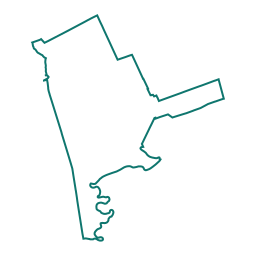 the district of Racovita, Braila, Romania
{"feature_id": "2599482B6891697866435", "entity_name": "Racovita", "entity_type": "district", "adm_level": 2, "iso_a3": "ROU", "parent_name": "Romania", "parent_adm1": "Braila", "projection": "natural_earth1", "projection_center": [27.452, 45.315], "detail": "fine", "context": "isolated", "style": "outline", "palette": "teal", "viewbox_px": 256, "rotation_deg": 0, "n_neighbors": 0, "source": "geoboundaries", "source_scale": "gbopen_adm2", "svg_char_len": 5410}
<svg xmlns="http://www.w3.org/2000/svg" viewBox="0 0 256 256"><path d="M104.5,203.7L105.0,203.7L105.5,203.7L106.6,203.3L107.2,202.6L107.6,202.0L108.0,201.7L108.3,201.4L109.1,200.8L109.5,199.5L109.3,198.5L109.0,197.7L108.3,197.1L107.2,196.9L106.3,197.3L105.2,197.2L104.1,196.9L103.1,196.7L102.1,196.9L101.2,197.1L99.5,197.5L98.6,197.6L98.0,197.4L97.7,197.0L97.8,196.4L98.2,195.9L98.9,195.6L99.4,195.1L99.7,194.5L99.9,193.6L100.1,192.8L100.2,191.7L100.1,190.8L99.8,190.0L99.5,189.1L98.8,188.1L98.2,187.3L97.5,186.9L97.0,186.8L96.4,186.7L95.6,186.9L95.0,187.3L94.4,187.5L93.4,187.7L92.5,187.6L91.9,187.4L91.2,187.0L90.6,186.3L90.3,185.7L90.2,185.2L90.3,184.5L90.6,183.8L90.9,183.5L92.4,183.8L93.4,184.0L94.1,184.0L94.9,183.9L95.5,183.7L96.9,182.3L99.0,180.1L99.8,179.0L101.2,178.0L102.4,177.0L104.3,176.0L106.5,175.0L108.1,174.4L112.3,172.9L116.6,171.5L120.4,169.6L122.2,168.5L124.2,167.3L125.5,166.8L126.4,166.5L127.5,166.3L128.7,166.2L129.7,166.2L130.6,166.4L131.3,166.7L132.1,167.1L132.7,167.4L133.5,167.5L134.3,167.4L135.4,167.2L136.4,167.0L137.5,166.7L138.4,166.4L139.3,166.4L140.6,166.4L141.9,166.6L142.9,167.1L143.6,168.0L143.9,168.8L144.2,169.3L144.4,169.6L144.8,169.9L145.6,170.2L146.5,170.1L147.4,169.8L149.2,169.1L150.6,168.3L152.8,166.7L155.6,164.5L157.7,162.6L158.1,162.2L158.7,161.7L159.1,161.3L159.5,160.9L159.8,160.5L160.0,160.2L160.2,159.9L160.5,159.4L159.6,159.0L159.6,158.2L159.5,157.6L159.2,157.4L158.8,157.4L158.1,157.6L157.4,158.0L156.4,158.2L155.1,158.1L154.6,158.0L154.1,157.9L153.2,157.7L152.5,157.6L151.8,157.4L151.1,157.2L150.5,157.0L150.0,156.8L149.5,156.6L149.0,156.2L148.5,156.0L148.1,155.5L147.5,155.1L147.0,154.5L146.6,153.9L146.1,153.3L145.8,152.8L145.3,152.4L144.7,152.0L144.3,151.6L143.5,151.1L142.9,150.7L142.5,150.5L141.8,150.0L141.3,149.6L140.9,149.2L140.7,148.9L140.5,148.6L140.5,148.2L140.6,147.9L140.8,147.6L141.1,147.3L141.4,147.1L141.7,147.1L142.1,147.0L142.6,147.0L143.2,146.9L141.9,143.9L142.1,143.6L144.4,138.8L149.1,129.1L149.6,128.0L151.7,123.8L154.5,118.0L155.4,117.7L155.6,118.6L159.2,117.3L159.4,117.2L168.0,114.4L172.4,117.5L172.7,117.4L177.8,115.8L178.1,115.7L185.6,113.4L185.8,113.4L193.2,110.7L193.3,110.6L200.6,108.0L200.8,107.9L207.7,104.2L207.8,104.1L215.2,101.5L215.4,101.5L219.7,100.0L222.1,99.2L222.8,99.0L222.9,98.9L223.8,98.7L223.3,96.9L219.8,83.9L218.7,79.8L218.6,79.3L214.8,80.7L214.6,80.7L207.1,83.5L201.1,85.7L199.6,86.2L192.1,88.9L184.4,91.7L180.7,93.1L177.1,94.4L169.6,97.1L161.6,100.0L158.9,101.0L157.4,97.4L157.1,97.1L156.4,95.5L154.1,96.4L153.0,94.8L152.9,94.8L151.4,95.2L151.1,95.0L150.5,95.2L147.5,89.0L148.1,88.7L143.4,78.8L143.1,78.9L137.6,66.9L132.0,54.8L131.2,55.0L128.6,55.9L125.3,57.1L117.6,59.7L115.3,54.7L109.2,41.4L107.2,37.1L104.1,30.4L102.1,25.9L100.2,22.0L97.2,15.4L94.9,16.5L93.9,17.0L90.9,18.5L88.9,19.6L87.3,20.4L87.0,20.6L85.7,21.3L81.6,23.5L81.0,23.8L76.5,26.2L69.9,29.7L47.8,41.2L44.5,42.8L41.1,39.1L40.0,39.8L32.2,42.5L32.6,43.2L32.7,44.2L33.0,46.0L33.5,47.0L33.9,48.5L34.8,49.1L35.5,49.6L37.2,52.1L37.8,52.7L38.6,53.1L41.1,54.6L42.4,55.2L43.0,56.1L44.3,57.4L45.9,58.2L45.5,59.4L45.3,61.5L45.3,62.6L45.7,64.8L45.8,65.3L45.8,66.3L45.6,67.4L45.8,68.0L45.9,69.5L45.8,71.3L46.6,74.5L46.4,74.8L46.1,75.0L45.8,75.2L45.9,75.4L46.9,75.3L47.6,75.8L48.6,77.0L48.4,77.3L47.9,78.1L47.5,78.5L46.8,78.9L46.0,79.3L45.4,79.7L44.3,80.1L44.0,80.4L44.0,80.5L44.5,80.4L45.0,80.3L45.8,80.0L46.3,79.9L46.9,79.8L47.1,80.1L47.2,80.6L47.3,81.0L47.3,81.3L47.6,82.7L48.2,87.7L48.2,88.5L48.3,89.3L48.7,91.2L49.6,94.2L49.7,94.7L51.7,101.0L53.7,107.4L61.4,132.1L61.9,134.1L66.2,148.2L69.2,158.1L71.1,164.4L71.1,164.5L72.3,168.5L72.7,171.0L73.4,175.6L75.3,187.5L75.7,190.1L75.8,190.4L76.9,197.7L77.3,200.8L78.6,209.2L82.5,234.0L82.7,235.0L83.4,238.7L85.8,238.4L89.1,239.0L89.3,239.0L89.7,239.0L89.9,239.1L90.1,239.3L91.5,239.3L92.8,239.3L93.1,239.3L93.3,239.1L93.5,239.0L94.2,238.7L94.9,238.6L95.6,238.7L96.0,238.8L96.5,239.0L97.3,239.5L97.9,239.9L98.9,240.3L99.9,240.6L100.8,240.6L101.9,240.5L102.6,240.1L103.0,239.3L102.8,238.3L102.1,237.6L101.4,237.3L100.7,237.2L99.9,237.3L99.0,237.6L98.1,237.7L97.4,237.6L96.7,237.1L95.8,236.1L95.4,235.6L94.9,234.8L94.7,234.5L94.6,234.0L94.6,233.4L94.6,233.0L94.9,232.4L95.1,231.8L95.6,231.2L96.2,230.5L96.6,230.1L96.8,229.8L97.1,229.6L97.5,229.3L97.8,229.2L98.0,229.0L98.6,228.8L99.2,228.6L99.8,228.3L100.2,228.1L100.5,227.8L100.9,227.5L101.0,227.3L101.2,226.8L101.2,226.6L101.2,226.3L101.1,225.9L101.0,225.4L100.9,225.1L100.7,224.4L100.6,224.2L100.6,223.9L100.6,223.6L100.7,223.3L101.1,223.1L101.6,223.0L101.9,223.0L102.5,222.9L103.1,223.0L103.7,223.0L104.1,223.1L104.6,223.1L105.1,223.0L105.6,223.0L106.3,222.7L107.0,222.4L107.3,222.1L107.7,221.6L108.1,221.1L108.4,220.4L108.5,219.5L108.5,219.1L108.7,218.6L109.1,218.1L109.6,217.4L110.1,217.0L110.5,216.7L111.2,216.7L111.6,216.5L112.1,215.6L112.5,215.1L112.8,214.5L113.2,213.4L113.3,213.0L113.4,212.6L113.4,212.1L113.3,211.6L113.0,210.9L112.6,210.4L112.0,210.0L111.3,209.9L110.6,210.1L110.1,210.6L109.9,211.4L109.8,211.9L109.5,212.6L108.8,213.1L107.8,213.3L107.0,213.5L106.0,213.8L104.8,213.9L104.1,213.9L103.2,213.6L102.3,213.3L101.4,212.8L101.1,212.6L100.9,212.2L100.6,211.8L100.4,211.5L100.1,211.2L99.5,210.9L98.8,210.7L97.8,210.1L97.1,209.6L96.7,209.1L96.5,208.2L96.4,206.8L96.4,206.3L96.6,205.1L97.0,204.3L97.6,203.7L98.2,203.2L99.1,202.9L100.1,202.7L101.6,202.7L102.9,203.1L103.7,203.3L104.5,203.7Z" fill="none" stroke="#0f766e" stroke-width="2"/></svg>